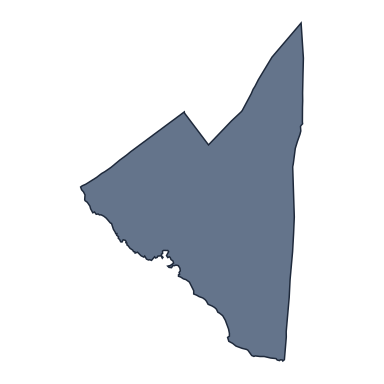 outline of Gagaemauga II (PART), A'ana, Samoa
{"feature_id": "51752279B80386032280412", "entity_name": "Gagaemauga II (PART)", "entity_type": "district", "adm_level": 2, "iso_a3": "WSM", "parent_name": "Samoa", "parent_adm1": "A'ana", "projection": "natural_earth1", "projection_center": [-171.93, -13.977], "detail": "fine", "context": "isolated", "style": "filled", "palette": "slate", "viewbox_px": 384, "rotation_deg": 0, "n_neighbors": 0, "source": "geoboundaries", "source_scale": "gbopen_adm2", "svg_char_len": 2157}
<svg xmlns="http://www.w3.org/2000/svg" viewBox="0 0 384 384"><path d="M80.6,187.0L81.6,189.8L83.5,191.9L85.0,194.9L84.7,199.6L85.0,200.6L87.3,202.3L89.9,206.1L90.6,208.8L92.8,212.8L94.5,212.0L96.2,214.3L98.2,214.0L99.4,214.9L101.1,214.8L103.8,216.2L106.2,218.1L110.5,223.1L111.5,223.4L113.4,229.3L115.3,232.4L115.7,233.7L116.9,233.6L116.7,235.3L118.5,236.7L118.2,238.1L119.7,239.7L120.7,241.8L122.0,242.0L123.2,239.8L125.2,240.3L126.1,241.4L125.8,242.7L126.8,243.0L127.0,245.0L127.9,245.5L130.1,248.4L132.7,250.1L133.5,251.6L134.8,251.8L135.1,253.1L137.5,252.2L141.1,255.8L143.8,257.1L144.7,256.1L146.5,259.1L148.5,260.0L149.7,259.7L151.5,260.4L154.6,256.8L155.5,258.0L157.2,257.4L157.9,256.1L161.1,255.8L162.3,258.2L163.0,257.3L161.4,255.7L161.5,254.1L162.6,253.5L162.5,251.1L163.6,250.4L167.8,250.5L168.6,251.7L166.5,255.6L167.8,257.6L169.3,256.8L170.2,257.5L171.0,259.6L172.9,260.9L173.6,263.1L170.3,265.5L167.7,266.1L169.0,267.4L171.5,267.7L173.0,265.5L174.3,265.7L176.0,265.1L178.3,265.6L179.9,268.2L180.3,270.8L179.1,272.4L179.6,274.2L178.5,274.8L178.5,276.3L180.4,276.9L183.5,278.9L185.9,279.6L189.4,282.1L193.7,290.7L193.7,294.0L196.5,295.1L199.1,296.6L202.7,297.9L205.1,299.6L206.5,301.3L208.1,304.3L212.1,306.0L214.6,307.5L216.4,309.2L217.9,312.3L219.5,313.1L222.7,315.7L225.3,320.2L228.5,328.9L229.4,333.3L229.4,336.2L227.6,337.4L228.8,341.3L232.5,343.3L236.0,346.1L242.3,348.4L246.5,349.4L247.9,350.2L251.7,355.5L253.9,356.4L255.3,355.9L259.9,356.5L264.2,356.5L270.6,358.0L276.0,358.6L277.2,360.0L279.5,360.6L280.3,359.8L282.1,359.9L282.8,361.0L284.4,359.7L286.3,337.0L286.2,331.7L289.2,297.4L290.1,279.5L292.6,251.6L293.6,233.4L294.3,217.0L292.7,166.9L293.3,163.8L295.3,148.4L297.4,141.5L300.0,134.2L300.8,131.0L300.5,126.4L301.2,125.3L302.6,123.8L302.4,122.0L302.5,107.1L302.7,100.9L302.6,93.1L303.0,74.1L303.4,58.2L301.1,23.0L272.0,57.1L258.4,79.6L255.0,86.3L253.1,89.3L251.3,93.6L242.2,110.6L241.0,112.0L231.6,120.8L208.5,144.9L184.5,113.1L184.3,111.9L141.6,143.6L130.8,151.6L126.3,155.3L120.1,159.8L111.1,167.3L104.6,171.8L101.6,173.5L96.6,177.4L85.6,184.3L82.2,185.8L80.6,187.0Z" fill="#64748b" stroke="#1e293b" stroke-width="1.5"/></svg>